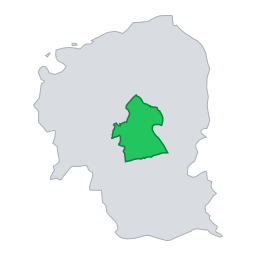 Kâmpóng Thum on a map of Cambodia (Albers equal-area conic projection), rotated 90°
{"feature_id": "KHM-1788", "entity_name": "Kâmpóng Thum", "entity_type": "Province", "adm_level": 1, "iso_a3": "KHM", "parent_name": "Cambodia", "parent_adm1": "", "projection": "albers", "projection_center": [105.072, 12.831], "detail": "fine", "context": "in_parent", "style": "filled", "palette": "green", "viewbox_px": 256, "rotation_deg": 90, "n_neighbors": 0, "source": "natural_earth", "source_scale": "10m", "svg_char_len": 5397}
<svg xmlns="http://www.w3.org/2000/svg" viewBox="0 0 256 256"><g transform="rotate(90 128 128)"><path d="M236.4,33.7L237.1,36.1L235.4,40.7L233.5,44.8L230.0,48.5L229.9,51.2L228.7,59.1L229.2,61.6L230.0,63.8L231.2,64.9L234.4,72.7L237.3,79.7L240.1,85.5L240.6,89.2L238.2,98.5L235.3,107.1L235.6,111.4L236.9,115.6L238.3,121.3L238.9,128.6L238.2,133.3L236.9,136.3L234.3,139.3L232.1,140.9L229.3,138.3L227.2,138.2L224.3,139.0L222.0,140.2L217.4,144.7L212.3,149.1L205.2,150.2L202.4,153.4L199.5,153.9L193.9,154.1L190.2,154.8L190.4,156.5L190.1,164.1L190.2,165.8L189.6,166.3L187.1,166.5L182.7,165.4L176.9,163.5L172.7,163.3L170.6,166.6L169.3,167.9L167.8,168.1L166.1,168.7L165.6,170.2L165.4,172.0L166.2,175.2L166.5,180.2L166.3,183.6L167.9,185.8L176.9,193.0L179.5,194.8L179.8,195.9L178.3,199.9L179.7,205.4L176.9,205.3L172.2,203.0L169.9,201.5L167.2,202.7L166.3,202.5L164.4,199.7L162.0,197.0L159.6,196.8L154.4,197.9L149.0,198.7L147.0,198.7L146.2,199.2L143.1,203.3L141.8,202.6L136.4,201.0L131.5,200.4L130.5,201.5L131.1,204.9L132.2,208.2L131.5,209.6L128.8,211.4L125.3,214.5L123.1,216.9L121.6,217.5L116.2,217.4L110.7,217.7L108.6,220.0L106.5,221.8L104.8,222.3L97.7,216.6L83.7,214.6L82.2,212.0L80.9,211.5L79.5,214.8L71.8,217.9L68.6,216.0L66.3,213.7L66.6,210.9L68.9,208.6L72.7,207.0L74.5,201.2L71.6,193.8L69.1,191.6L66.4,189.9L63.6,192.7L61.2,197.3L58.7,199.7L55.1,200.3L50.0,200.0L48.1,193.0L47.4,187.0L48.2,180.1L49.0,176.1L44.1,170.4L43.9,165.1L41.5,162.3L40.8,163.7L40.9,165.2L40.2,164.1L32.5,148.3L31.3,141.1L32.7,135.5L33.5,133.6L31.3,130.6L28.2,127.3L22.6,122.8L22.3,115.9L21.2,107.7L19.5,104.9L17.0,99.8L15.7,95.7L15.4,84.6L16.1,83.7L20.0,83.5L25.1,82.7L25.9,80.9L25.0,79.5L28.2,77.0L32.9,71.6L36.5,65.9L39.1,62.3L40.7,58.7L45.9,53.7L53.1,50.2L57.9,49.4L63.0,48.3L67.9,46.6L70.2,46.5L76.1,48.5L79.4,49.1L82.8,49.1L86.3,49.3L89.4,49.1L96.8,47.7L104.6,48.8L111.6,48.0L120.2,46.3L124.4,47.4L128.3,49.0L128.8,52.4L129.7,53.9L131.0,55.1L132.7,55.1L134.9,52.8L136.8,50.4L137.4,49.9L137.5,51.1L138.4,53.7L140.0,56.3L141.7,58.0L144.5,60.3L146.3,60.4L152.2,58.2L161.0,61.3L162.1,62.9L164.9,66.1L168.1,68.3L175.0,68.5L177.4,62.8L176.2,59.4L172.2,53.5L171.2,50.0L172.4,49.4L179.1,48.7L180.2,48.0L181.6,44.1L183.4,44.5L187.1,45.0L191.0,42.4L193.3,39.6L194.6,40.8L196.0,42.8L197.5,43.9L200.3,45.5L203.4,47.9L205.3,50.2L206.9,51.0L210.9,50.4L211.9,50.4L214.2,47.6L215.8,46.1L217.2,46.5L219.2,46.5L223.3,42.9L225.6,39.6L226.9,38.7L230.6,40.3L232.1,40.0L234.2,35.5L236.4,33.7ZM45.5,183.7L44.7,184.1L44.0,184.1L43.3,183.5L43.4,180.9L43.9,179.4L45.2,179.1L45.5,183.7ZM57.0,208.6L55.5,210.3L53.0,206.8L53.0,205.8L57.0,208.6Z" fill="#d9dde1" stroke="#a8b0b8" stroke-width="1"/><path d="M104.1,128.5L97.1,122.4L95.0,119.8L96.1,119.1L96.5,117.8L96.7,117.4L98.5,115.3L99.1,114.9L100.2,114.4L100.7,113.9L100.8,113.9L102.0,113.3L102.7,112.9L103.1,112.6L103.6,111.5L104.2,109.3L105.7,106.7L105.7,106.4L105.8,105.7L106.0,105.4L106.4,105.4L106.8,105.5L106.9,105.3L107.0,105.1L106.9,103.9L107.3,100.1L107.4,99.4L107.6,99.1L107.7,98.9L108.0,98.8L109.5,98.3L109.8,98.1L110.4,97.6L110.6,97.3L110.9,96.4L115.0,94.2L116.5,93.6L117.9,93.2L120.6,93.2L124.7,94.1L125.1,94.2L125.3,94.4L125.4,94.8L125.3,95.1L124.8,96.0L124.6,96.8L124.4,98.8L124.5,100.5L124.7,101.4L125.1,102.3L125.3,102.6L125.5,102.8L126.0,103.3L126.9,103.6L129.5,103.8L133.6,101.8L136.6,99.2L136.9,98.8L137.5,97.9L137.7,97.7L146.1,91.8L147.1,91.4L152.8,88.3L152.9,91.7L152.8,92.7L153.1,94.2L154.2,97.1L155.6,102.8L156.3,103.5L156.7,104.0L157.0,104.6L157.1,104.9L157.2,105.1L157.1,105.5L156.8,106.2L156.8,106.5L156.8,106.8L157.3,109.8L157.4,110.1L157.5,110.1L157.7,110.3L157.9,110.4L158.0,110.6L158.2,111.0L158.3,111.2L158.4,111.4L158.3,111.5L158.2,111.8L157.9,112.2L157.8,112.4L157.7,112.6L157.8,112.8L157.8,113.0L158.3,113.4L158.6,113.9L158.9,114.5L159.0,114.8L159.0,115.1L159.0,115.3L158.8,115.7L158.8,115.8L158.7,116.3L158.7,117.7L158.7,118.6L159.2,120.4L159.2,121.4L160.6,125.3L161.7,130.5L153.6,131.3L153.4,131.4L152.7,131.8L152.2,132.3L151.7,132.5L151.3,132.6L151.0,132.6L150.7,132.5L150.0,132.2L149.5,131.9L149.4,131.8L149.2,131.7L148.7,131.4L148.1,131.4L146.7,131.5L145.3,136.4L144.9,137.0L144.4,137.3L144.2,137.3L143.9,137.2L143.7,137.0L143.6,136.9L143.5,136.6L143.4,136.5L143.3,136.4L143.2,136.3L143.0,136.2L142.9,136.2L142.7,136.2L142.2,136.1L141.8,136.0L141.7,136.0L141.4,135.7L141.2,135.6L140.9,135.5L139.7,135.6L139.3,135.6L139.1,135.5L138.7,135.5L138.4,135.5L138.1,135.6L137.7,135.6L137.1,135.5L136.9,135.6L136.7,135.6L136.1,136.1L135.6,136.4L135.4,136.5L135.5,137.1L136.5,138.6L136.6,138.8L136.7,139.0L136.7,140.0L138.1,143.2L138.2,143.5L138.3,143.9L138.3,144.0L138.2,144.2L138.1,144.3L137.7,144.2L136.6,143.4L135.5,143.5L135.1,143.6L134.9,143.7L134.7,143.8L134.5,143.7L134.4,143.6L133.9,143.2L133.7,143.2L130.9,142.9L129.6,142.5L128.7,141.6L128.5,141.4L128.2,141.4L126.6,141.3L126.3,141.3L125.8,141.6L124.7,142.4L124.0,141.7L123.5,140.7L123.4,140.4L123.2,139.6L124.0,139.3L125.2,138.0L125.5,137.6L125.7,137.2L125.9,136.7L125.9,136.3L125.8,135.8L125.7,135.7L125.0,135.6L123.9,136.2L123.7,136.2L123.9,135.3L123.9,134.9L123.8,134.7L122.8,132.9L122.5,132.2L122.2,131.7L122.0,131.2L122.0,130.8L122.3,129.4L119.7,128.8L115.3,126.8L113.7,126.4L112.6,126.6L111.8,126.9L111.2,127.3L110.5,127.6L109.7,128.1L109.4,128.2L109.3,128.4L109.2,128.7L109.0,129.0L108.3,129.9L106.6,129.8L105.8,129.6L105.4,129.5L104.1,128.5Z" fill="#22c55e" stroke="#15803d" stroke-width="1.5"/></g></svg>